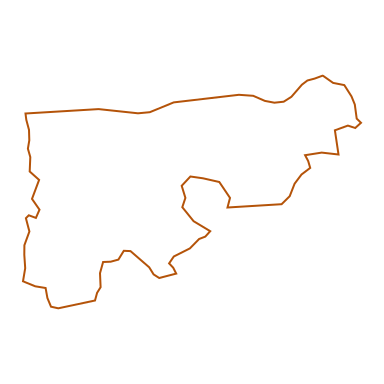 an SVG outline of Komárom-Esztergom
{"feature_id": "HUN-3163", "entity_name": "Komárom-Esztergom", "entity_type": "County", "adm_level": 1, "iso_a3": "HUN", "parent_name": "Hungary", "parent_adm1": "", "projection": "albers", "projection_center": [18.366, 47.587], "detail": "fine", "context": "isolated", "style": "outline", "palette": "amber", "viewbox_px": 384, "rotation_deg": 0, "n_neighbors": 0, "source": "natural_earth", "source_scale": "10m", "svg_char_len": 1122}
<svg xmlns="http://www.w3.org/2000/svg" viewBox="0 0 384 384"><path d="M274.4,102.7L283.7,101.7L291.4,96.8L301.9,84.7L307.4,80.5L314.6,78.6L322.5,75.7L323.2,75.9L333.1,82.9L344.3,85.1L351.5,96.4L354.8,104.5L356.7,118.6L361.0,122.8L355.2,128.0L347.9,125.6L334.9,130.3L338.5,154.5L321.7,152.6L305.1,155.2L308.2,161.1L310.2,167.9L301.5,174.5L294.6,183.7L289.7,196.2L281.6,204.2L227.5,207.5L230.0,197.9L219.3,182.0L203.0,178.3L190.4,176.5L181.7,185.8L185.4,197.9L182.3,207.2L193.6,221.2L210.2,231.2L205.3,236.6L199.1,239.0L189.9,248.4L173.8,256.5L169.1,263.4L173.2,267.7L176.2,273.6L159.2,278.0L153.6,274.4L149.2,267.3L130.5,251.1L123.8,250.8L118.4,259.6L110.7,261.7L103.1,262.0L100.0,273.2L100.6,287.2L97.1,292.8L95.0,300.5L58.3,308.3L51.0,306.7L47.4,298.0L45.6,288.0L35.2,286.3L23.0,281.3L25.2,268.2L24.3,254.8L24.4,245.2L29.4,231.5L25.9,218.2L28.8,215.3L35.9,217.9L39.5,209.7L32.0,198.9L39.1,179.9L29.7,171.5L30.3,157.1L27.9,148.7L29.3,140.3L29.0,129.9L26.3,119.8L25.5,113.5L98.6,109.1L138.0,113.3L149.8,112.2L173.7,102.4L238.9,94.8L253.2,95.8L264.9,100.9L274.4,102.7Z" fill="none" stroke="#b45309" stroke-width="2"/></svg>